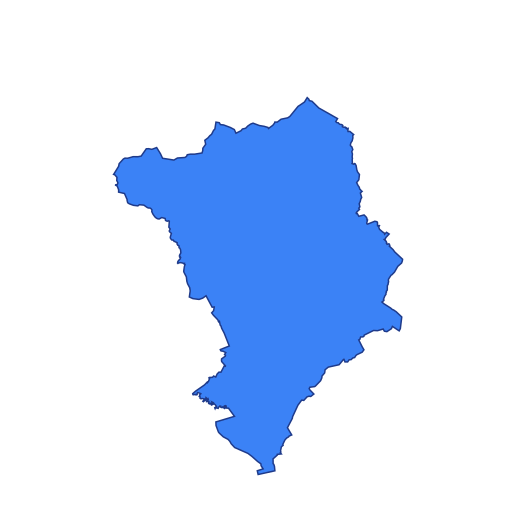 outline of Bixad, Satu Mare, Romania, rotated 314°
{"feature_id": "2599482B22891655210740", "entity_name": "Bixad", "entity_type": "district", "adm_level": 2, "iso_a3": "ROU", "parent_name": "Romania", "parent_adm1": "Satu Mare", "projection": "mercator", "projection_center": [23.389, 47.949], "detail": "fine", "context": "isolated", "style": "filled", "palette": "blue", "viewbox_px": 512, "rotation_deg": 314, "n_neighbors": 0, "source": "geoboundaries", "source_scale": "gbopen_adm2", "svg_char_len": 6163}
<svg xmlns="http://www.w3.org/2000/svg" viewBox="0 0 512 512"><g transform="rotate(314 256 256)"><path d="M405.5,182.8L400.4,183.9L392.8,182.3L379.9,183.4L377.4,182.8L371.8,179.0L367.1,178.3L365.4,176.5L364.5,177.0L361.7,177.3L356.4,176.4L356.8,175.3L354.9,171.7L352.2,167.8L349.5,161.6L347.2,160.5L343.8,159.8L340.7,159.8L337.9,158.0L335.7,158.2L330.4,156.3L331.9,152.6L330.7,148.4L327.8,141.7L325.8,139.1L326.4,137.0L324.5,134.2L318.8,138.2L316.9,138.2L312.7,139.5L310.4,139.2L307.6,139.4L303.7,138.8L301.4,142.2L296.6,142.9L294.8,144.5L292.6,145.6L286.5,141.0L283.6,138.0L281.1,136.2L279.5,136.8L277.6,136.5L271.9,131.4L268.0,130.3L261.4,120.9L263.2,116.2L265.0,109.2L260.4,107.0L258.6,104.2L256.9,102.6L248.1,104.0L245.4,102.1L242.1,98.6L237.2,95.8L235.3,93.7L233.6,93.2L227.4,93.4L225.0,94.9L215.8,96.9L216.3,97.7L216.0,101.3L213.5,103.5L212.9,105.5L212.1,106.2L211.1,106.5L209.7,105.6L209.4,105.8L209.9,107.6L208.2,111.2L206.5,112.8L209.6,118.0L207.0,124.2L206.4,124.7L205.3,126.5L205.2,127.2L205.6,128.8L207.3,132.6L210.0,136.2L211.9,136.5L214.7,140.0L215.3,143.9L215.7,145.1L216.9,146.5L217.1,147.6L216.9,149.1L215.5,150.2L214.5,152.9L213.9,156.1L214.0,157.9L214.4,159.3L215.3,160.6L218.2,161.5L219.9,164.6L218.8,166.1L218.9,167.0L219.4,168.0L220.7,168.8L220.8,169.5L216.2,173.3L215.8,175.5L213.7,176.2L213.4,177.2L213.5,179.4L209.9,181.3L209.2,182.4L209.0,184.3L210.0,185.5L209.6,187.0L210.1,187.6L210.1,188.1L210.7,189.5L210.8,190.1L209.8,190.8L209.8,191.5L209.4,192.1L209.8,193.6L208.5,194.9L208.7,195.8L208.0,197.5L206.0,199.8L203.3,200.5L202.7,202.4L202.2,201.9L201.8,203.2L201.4,203.5L199.1,203.4L197.6,203.7L196.4,204.5L196.4,205.0L197.2,205.1L198.9,206.4L200.1,208.3L200.3,209.3L201.0,209.7L200.3,210.4L200.5,210.9L198.5,211.9L194.8,214.6L194.2,215.6L192.6,220.4L189.8,223.8L188.5,226.1L187.1,230.4L185.2,232.9L180.2,236.5L181.5,240.2L185.2,245.2L188.6,246.9L192.7,247.7L188.7,260.0L190.3,261.4L187.2,263.5L184.3,263.6L183.8,266.6L183.6,272.1L183.4,273.5L182.9,274.1L182.7,275.2L183.5,275.2L181.4,278.3L181.3,279.5L180.2,281.4L178.5,286.5L172.7,299.3L163.9,295.3L163.4,296.3L163.5,296.9L164.7,298.6L165.5,301.4L163.3,301.8L163.4,303.0L162.6,303.5L158.1,302.7L156.9,303.7L156.2,304.7L155.7,310.4L155.5,310.5L155.3,309.8L155.0,309.9L154.9,309.5L148.1,311.5L146.7,310.0L144.2,310.0L141.0,311.1L140.2,308.9L138.5,309.0L136.2,306.8L135.6,306.8L135.6,307.7L132.8,308.9L131.1,309.0L131.3,308.5L127.5,308.5L116.7,306.4L113.0,306.1L112.6,306.7L112.5,307.2L114.3,308.6L114.3,309.2L115.2,309.9L115.8,309.7L116.3,309.0L117.3,308.9L118.8,312.2L118.8,312.5L118.6,312.1L116.9,311.9L116.6,312.5L115.5,312.8L115.8,313.7L114.8,314.6L115.1,315.7L116.0,316.1L117.3,318.1L116.8,318.5L114.6,318.7L114.7,319.3L115.6,319.0L116.1,319.8L117.1,319.8L119.4,318.4L119.4,319.0L118.8,319.4L118.8,320.1L119.0,320.4L120.1,320.5L119.7,321.4L118.6,321.6L118.2,320.9L117.0,321.7L118.6,323.2L117.1,324.3L117.2,325.2L118.3,325.4L118.9,326.0L118.0,326.4L117.9,327.5L119.9,328.3L120.1,327.7L119.3,327.0L120.1,326.5L120.4,325.7L120.9,327.3L120.6,328.6L120.7,330.2L120.3,332.1L118.2,331.7L117.8,332.6L118.3,332.4L119.4,333.3L120.1,334.6L121.2,334.1L122.2,334.4L123.0,334.2L123.5,335.1L122.8,335.7L123.0,336.4L123.7,337.1L124.4,336.9L124.7,337.4L124.4,337.7L124.6,338.4L124.3,338.9L124.5,339.4L125.4,339.4L126.1,338.4L125.8,337.8L126.2,337.4L127.2,338.0L127.4,338.5L126.1,340.4L127.4,342.0L125.7,351.9L108.8,342.4L106.3,345.0L103.3,351.2L103.1,352.6L103.2,358.1L104.7,363.3L104.5,365.9L103.7,368.6L103.4,373.7L108.4,387.3L109.0,392.1L109.3,399.8L109.9,403.9L108.7,405.3L107.8,409.0L102.4,406.1L100.3,409.3L114.6,418.8L117.5,415.4L118.5,413.5L118.5,412.6L121.9,409.2L127.7,409.6L128.1,409.1L131.2,411.7L131.4,410.1L132.2,410.1L133.0,408.9L136.4,406.8L138.7,407.0L139.2,406.1L143.8,404.6L146.3,404.5L148.5,405.1L149.4,404.9L152.1,406.0L154.3,397.9L164.5,394.9L165.7,394.0L177.8,389.8L183.8,389.0L184.2,389.1L185.3,390.7L190.2,390.6L192.1,391.6L192.6,392.6L193.2,393.0L196.9,393.5L197.1,387.8L197.5,386.4L199.0,385.9L202.8,388.9L203.7,389.1L211.2,389.1L214.1,388.0L215.4,386.9L219.6,386.6L222.2,384.7L226.3,385.2L235.5,391.3L242.4,390.8L242.8,391.1L241.6,393.6L243.5,395.5L246.1,395.1L247.5,396.4L249.9,396.5L251.5,397.5L253.8,397.0L255.0,397.1L260.6,399.2L263.5,398.8L264.4,395.6L267.0,388.2L268.1,388.6L270.4,387.5L272.1,389.1L273.2,389.4L274.3,388.8L284.1,392.3L286.7,395.3L291.8,398.2L291.1,400.6L292.5,402.7L297.8,403.9L300.1,403.0L301.6,411.0L304.0,410.3L313.4,403.2L313.3,395.6L312.8,392.6L312.2,391.1L312.1,389.0L310.5,381.2L310.4,378.6L312.8,378.9L313.3,378.5L313.4,377.8L316.8,376.4L318.7,376.1L319.5,375.3L320.8,374.8L321.1,374.2L322.7,374.1L325.9,371.1L327.4,370.7L328.8,369.6L329.5,369.4L330.2,368.4L331.4,367.4L336.0,366.5L336.9,366.8L340.7,366.8L347.0,365.2L352.1,365.6L354.1,364.7L355.5,363.7L355.3,353.0L355.8,350.1L355.7,345.2L356.3,345.2L357.2,343.6L356.6,342.7L355.5,342.2L355.8,340.9L356.4,340.7L357.0,339.3L357.0,336.7L358.1,337.2L359.3,336.6L364.3,336.5L363.7,333.4L361.0,333.4L361.6,332.3L361.6,331.5L361.3,331.1L361.0,326.3L362.1,324.1L363.6,323.7L363.5,323.4L362.3,322.9L362.2,322.4L364.4,320.2L364.7,319.2L363.5,317.3L356.4,314.1L356.2,313.3L356.8,312.6L358.7,311.6L358.9,311.0L359.4,311.1L359.4,310.3L360.2,309.6L360.6,307.9L360.6,305.2L356.0,302.4L356.9,299.3L356.9,298.8L356.3,298.7L356.5,298.2L357.7,297.9L361.4,298.1L361.8,296.7L363.5,296.6L365.3,293.9L367.7,293.1L369.6,291.9L371.5,291.4L373.8,287.3L376.2,287.4L376.0,286.3L376.3,285.1L376.2,284.1L377.2,282.5L377.6,280.4L378.7,277.4L382.3,277.0L386.5,273.8L387.0,270.7L388.0,268.7L390.6,265.2L391.2,263.2L390.9,262.6L390.0,262.6L389.6,262.2L389.7,261.3L389.3,260.8L390.1,260.5L392.1,258.3L393.2,257.6L394.0,256.4L396.4,254.5L397.6,252.4L399.8,251.7L401.1,249.1L401.0,247.4L401.3,246.8L403.4,245.6L405.6,245.2L408.2,243.7L409.9,241.9L411.2,241.9L410.8,236.9L409.5,235.8L409.8,235.1L411.7,233.7L410.6,233.2L410.4,232.2L411.0,232.1L410.6,230.4L409.9,230.1L409.1,228.7L409.0,228.3L410.2,227.8L410.2,226.8L409.7,225.7L409.0,225.0L408.8,223.4L409.0,222.7L408.1,221.5L408.1,220.0L411.5,219.2L406.1,198.4L406.2,188.8L404.8,186.4L405.5,185.2L405.5,182.8Z" fill="#3b82f6" stroke="#1e3a8a" stroke-width="1.5"/></g></svg>